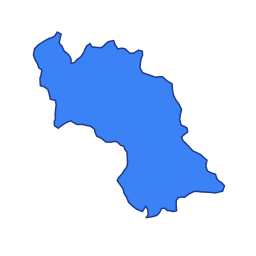 Ipatinga, Minas Gerais, Brazil (Natural Earth projection), rotated 7°
{"feature_id": "56859067B61763369021811", "entity_name": "Ipatinga", "entity_type": "district", "adm_level": 2, "iso_a3": "BRA", "parent_name": "Brazil", "parent_adm1": "Minas Gerais", "projection": "natural_earth1", "projection_center": [-42.604, -19.445], "detail": "fine", "context": "isolated", "style": "filled", "palette": "blue", "viewbox_px": 256, "rotation_deg": 7, "n_neighbors": 0, "source": "geoboundaries", "source_scale": "gbopen_adm2", "svg_char_len": 2020}
<svg xmlns="http://www.w3.org/2000/svg" viewBox="0 0 256 256"><g transform="rotate(7 128 128)"><path d="M222.8,181.7L229.7,179.1L230.8,173.7L227.8,170.9L224.5,169.5L222.3,167.2L220.4,163.2L215.9,162.4L212.0,160.9L209.8,156.2L210.3,150.3L206.8,148.1L203.6,145.6L199.4,144.2L195.2,142.8L191.8,140.0L187.2,136.1L184.2,134.0L182.2,130.5L185.0,127.3L187.7,124.6L186.6,120.8L183.7,119.5L180.4,118.7L178.2,113.3L178.3,108.5L178.9,103.0L175.3,97.7L171.6,93.8L169.0,89.5L167.5,84.9L166.4,78.8L161.0,76.5L156.0,72.9L152.2,73.4L148.8,74.3L144.6,73.2L135.9,71.4L132.6,67.1L132.4,62.0L132.6,57.2L133.6,54.1L132.9,50.0L128.9,49.5L124.4,53.1L120.9,53.6L118.3,51.9L115.3,49.7L111.9,49.6L108.3,50.7L105.1,47.0L103.1,43.0L98.2,44.6L95.7,47.0L93.5,50.0L91.1,51.7L86.1,51.8L82.2,51.9L80.1,48.9L77.2,51.4L75.9,54.5L74.8,58.6L72.5,63.1L69.1,66.2L66.9,69.6L63.7,70.8L63.0,66.4L61.0,63.5L58.8,61.5L55.2,59.4L52.5,54.9L49.3,52.0L49.6,48.0L50.2,43.0L46.1,41.4L44.2,45.5L41.1,47.8L38.4,48.9L35.0,51.4L31.4,54.3L28.6,56.7L25.6,60.8L25.2,66.9L27.4,71.4L30.5,75.5L32.1,79.1L35.5,80.9L35.2,86.1L34.6,89.4L35.2,93.2L35.9,96.7L39.7,97.3L43.7,99.4L46.0,104.7L47.4,108.9L52.7,109.5L53.9,114.0L53.9,118.9L54.0,123.5L54.9,127.4L54.0,130.9L54.8,134.7L58.8,136.7L61.2,134.2L64.2,131.6L66.7,129.7L70.4,127.9L73.9,129.6L77.3,130.7L82.4,130.0L86.7,130.5L90.2,130.7L94.7,133.0L96.1,136.8L98.1,140.0L103.1,141.5L107.7,144.6L112.5,144.2L116.6,142.9L119.5,143.3L122.7,146.0L126.2,146.7L127.7,149.8L130.0,152.1L131.0,157.9L131.8,162.9L131.5,167.0L129.7,169.9L127.7,174.2L124.7,178.5L123.7,181.6L127.7,185.8L130.7,189.4L132.1,193.3L135.3,197.3L137.7,201.7L141.5,204.5L146.1,207.4L152.5,209.1L155.2,203.5L157.3,206.2L158.7,210.9L157.2,214.6L159.9,213.9L163.1,213.0L167.2,211.3L169.6,208.2L171.1,203.8L174.3,203.1L176.9,205.1L179.9,205.0L182.8,205.5L186.3,204.2L185.1,198.1L184.7,194.2L186.2,191.2L188.9,190.0L192.6,189.8L196.9,185.8L201.1,183.0L204.3,182.5L208.4,182.5L213.3,182.1L217.6,181.9L222.8,181.7Z" fill="#3b82f6" stroke="#1e3a8a" stroke-width="1.5"/></g></svg>